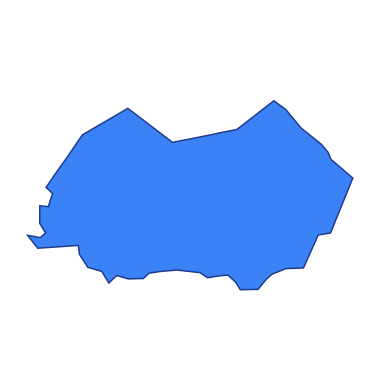 outline of Dom Pedro de Alcântara, Rio Grande do Sul, Brazil, rotated 277°
{"feature_id": "56859067B47618181554929", "entity_name": "Dom Pedro de Alcântara", "entity_type": "district", "adm_level": 2, "iso_a3": "BRA", "parent_name": "Brazil", "parent_adm1": "Rio Grande do Sul", "projection": "equal_earth", "projection_center": [-49.866, -29.366], "detail": "fine", "context": "isolated", "style": "filled", "palette": "blue", "viewbox_px": 384, "rotation_deg": 277, "n_neighbors": 0, "source": "geoboundaries", "source_scale": "gbopen_adm2", "svg_char_len": 752}
<svg xmlns="http://www.w3.org/2000/svg" viewBox="0 0 384 384"><g transform="rotate(277 192 192)"><path d="M225.4,349.9L241.3,326.0L248.0,322.2L254.8,315.0L268.8,292.5L285.4,274.9L292.5,262.1L259.5,228.9L254.2,212.6L251.5,205.0L238.9,166.6L267.2,118.1L235.4,76.3L211.6,64.0L194.1,54.5L178.8,46.6L173.3,54.0L167.3,52.5L160.0,51.2L159.8,42.6L142.3,44.7L133.5,51.7L128.2,46.9L129.0,34.1L117.4,45.7L125.1,85.6L116.4,87.9L104.6,97.7L102.1,112.2L91.5,120.6L99.9,127.4L98.0,139.4L100.2,154.3L106.2,159.3L109.1,169.6L112.7,186.4L112.9,209.8L108.8,217.8L112.1,229.4L113.9,237.8L107.8,246.3L100.9,251.8L103.4,269.4L114.6,276.5L120.0,281.2L127.4,294.5L130.2,311.9L164.7,322.5L168.2,334.5L225.4,349.9Z" fill="#3b82f6" stroke="#1e3a8a" stroke-width="1.5"/></g></svg>